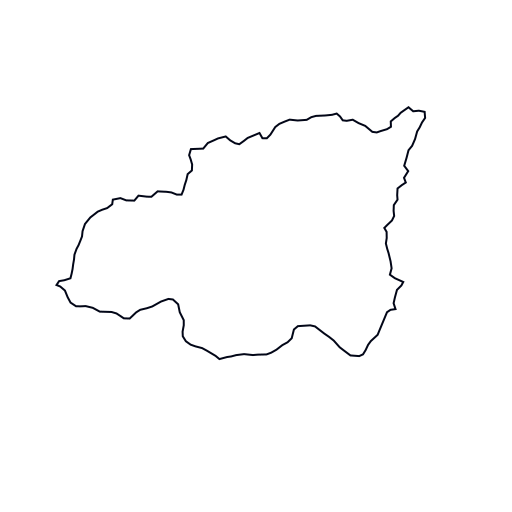 the district of Buritama, São Paulo, Brazil, rotated 345°
{"feature_id": "56859067B40000060278467", "entity_name": "Buritama", "entity_type": "district", "adm_level": 2, "iso_a3": "BRA", "parent_name": "Brazil", "parent_adm1": "São Paulo", "projection": "robinson", "projection_center": [-50.2, -21.059], "detail": "fine", "context": "isolated", "style": "outline", "palette": "ink", "viewbox_px": 512, "rotation_deg": 345, "n_neighbors": 0, "source": "geoboundaries", "source_scale": "gbopen_adm2", "svg_char_len": 2409}
<svg xmlns="http://www.w3.org/2000/svg" viewBox="0 0 512 512"><g transform="rotate(345 256 256)"><path d="M69.2,258.0L73.9,259.3L78.5,260.3L84.9,263.8L90.7,269.3L102.0,272.7L106.4,275.4L112.2,282.0L117.8,283.7L125.7,279.4L130.2,278.0L137.0,278.2L142.7,277.9L152.5,275.4L160.3,274.8L164.5,276.5L168.3,282.5L167.8,290.6L169.6,299.3L168.3,304.2L165.5,310.1L164.5,314.6L166.2,320.2L169.9,324.7L174.1,327.6L180.1,331.0L184.1,334.8L191.1,342.0L194.0,346.1L201.9,346.1L206.0,346.6L211.2,346.6L219.1,347.7L227.4,350.9L232.0,351.7L240.7,353.8L245.7,353.3L251.5,351.8L258.4,348.9L264.2,347.5L269.2,344.7L273.6,336.8L278.3,334.6L290.4,337.0L294.8,339.3L301.8,348.5L305.7,353.1L309.2,357.8L313.2,365.8L316.1,369.6L321.5,376.5L329.8,379.4L333.9,378.7L337.5,375.3L341.3,370.8L344.9,367.9L353.1,363.6L355.6,360.3L368.0,344.2L372.0,342.8L377.0,343.4L376.7,337.2L379.5,331.9L383.4,325.2L388.8,322.1L391.5,319.2L384.4,313.4L380.5,308.7L383.8,303.0L384.6,296.0L384.8,287.5L384.6,283.1L384.7,277.5L386.9,272.5L388.4,266.5L387.2,262.1L390.8,260.0L396.5,256.9L399.8,253.1L400.6,248.0L402.3,242.5L407.3,238.2L408.1,233.8L410.2,227.4L415.4,225.2L419.7,223.8L419.2,218.8L425.0,213.4L422.5,207.2L426.8,200.2L430.7,193.3L435.3,190.0L439.9,184.2L443.9,177.4L447.4,174.1L450.9,170.0L455.1,166.4L456.2,160.4L450.9,157.8L445.3,156.9L441.8,151.8L436.6,153.7L432.8,155.1L429.5,157.3L425.8,158.6L421.0,160.9L419.8,166.1L415.4,167.4L408.6,167.6L404.6,167.9L400.5,166.2L395.2,158.6L389.5,154.2L384.7,149.4L378.6,148.9L374.9,147.4L373.3,143.0L370.8,139.3L366.0,139.3L359.3,138.2L350.2,136.2L345.4,136.2L340.2,137.6L331.3,135.9L323.8,133.0L318.4,133.6L312.8,134.4L308.0,136.4L301.3,142.5L296.9,145.1L292.7,143.9L291.2,138.1L278.5,139.8L274.1,141.7L268.8,143.7L265.0,141.7L261.0,137.6L257.7,132.7L249.7,132.6L245.7,133.3L238.7,134.4L232.8,138.6L220.8,135.9L217.5,141.3L217.9,145.8L218.0,151.1L216.2,156.8L211.2,159.2L208.3,164.7L205.6,168.8L203.1,173.3L200.0,177.4L195.4,176.2L190.7,172.7L186.1,170.8L182.3,169.6L177.7,168.1L170.3,171.7L166.1,170.5L158.1,167.3L152.8,171.0L145.1,168.7L140.0,165.0L132.3,164.5L130.5,168.8L124.6,171.2L119.4,171.5L114.6,172.2L105.9,175.9L99.1,180.8L94.9,187.1L93.0,192.1L90.2,195.9L87.4,199.6L84.5,202.7L81.0,207.7L79.3,212.3L77.3,216.6L75.4,221.2L73.3,225.4L71.0,229.5L64.6,229.8L59.3,229.3L55.8,232.4L59.0,234.8L62.5,239.9L63.4,247.0L64.8,253.0L69.2,258.0Z" fill="none" stroke="#020617" stroke-width="2"/></g></svg>